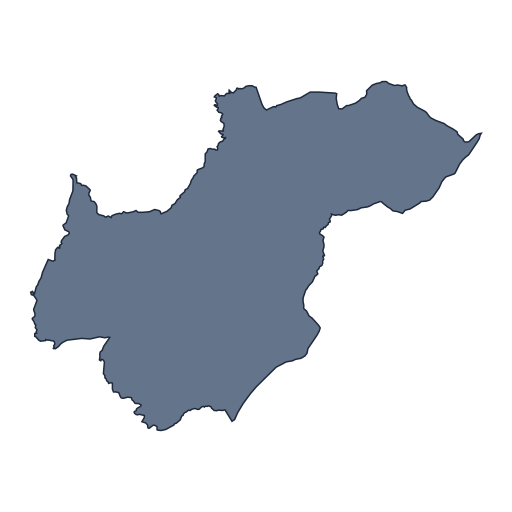 Villa De Leyva, Boyacá, Colombia (orthographic projection)
{"feature_id": "7082276B92158404530910", "entity_name": "Villa De Leyva", "entity_type": "district", "adm_level": 2, "iso_a3": "COL", "parent_name": "Colombia", "parent_adm1": "Boyacá", "projection": "orthographic", "projection_center": [-73.539, 5.662], "detail": "fine", "context": "isolated", "style": "filled", "palette": "slate", "viewbox_px": 512, "rotation_deg": 0, "n_neighbors": 0, "source": "geoboundaries", "source_scale": "gbopen_adm2", "svg_char_len": 5959}
<svg xmlns="http://www.w3.org/2000/svg" viewBox="0 0 512 512"><path d="M481.3,133.3L478.4,133.8L476.2,134.9L468.8,141.8L465.5,142.1L464.5,141.6L463.5,140.6L463.1,139.0L457.8,134.4L457.1,131.8L453.0,129.0L447.2,125.9L444.0,123.5L435.9,120.5L431.2,118.1L429.4,116.6L426.6,112.7L425.0,111.3L417.4,107.3L413.6,104.0L411.2,99.8L410.0,98.8L409.7,97.3L408.9,96.3L407.3,92.3L406.5,89.0L406.7,87.6L405.2,85.0L404.1,85.0L402.3,85.9L397.8,85.0L394.4,85.5L388.4,83.3L386.9,81.9L385.4,81.5L381.9,81.6L380.3,82.8L376.7,83.4L372.3,85.1L366.6,90.7L366.7,94.3L365.0,97.2L361.3,98.4L359.1,100.7L355.4,103.2L348.7,105.5L346.5,105.6L342.2,108.9L338.7,108.7L337.2,104.2L336.2,98.5L336.7,93.7L335.2,93.1L319.4,92.1L310.2,92.1L300.3,97.9L296.8,98.6L286.7,101.9L280.6,104.6L276.7,105.6L275.9,106.9L273.6,106.6L266.4,110.0L263.8,107.7L262.0,104.3L256.1,87.3L254.4,87.0L252.3,85.8L249.1,85.7L245.8,86.4L244.2,87.9L241.7,88.9L240.0,88.5L238.4,88.9L237.8,88.2L237.1,88.1L236.7,88.4L236.4,89.8L233.3,92.9L231.4,92.4L229.2,90.2L229.0,92.2L229.8,93.3L226.5,93.5L224.4,95.9L220.9,95.6L219.3,96.2L218.6,94.4L217.6,93.8L215.1,95.7L214.3,96.9L216.3,97.8L216.3,99.0L215.3,100.8L216.4,102.8L217.4,103.5L217.4,105.0L216.9,105.4L215.2,104.7L214.5,104.9L214.3,105.5L216.8,107.3L217.6,107.1L218.3,107.6L218.1,108.7L217.1,110.1L218.8,112.3L221.5,112.9L222.7,114.2L221.4,116.4L221.8,117.8L220.9,118.2L220.4,120.5L221.1,121.5L223.9,123.4L224.2,126.2L223.0,129.4L223.4,131.0L219.0,130.9L218.6,131.4L220.9,133.9L223.0,134.4L222.7,135.7L221.6,136.4L221.7,137.1L223.4,137.8L225.5,137.6L225.6,138.1L223.6,139.6L222.7,141.2L220.3,141.9L218.6,143.4L217.9,145.8L217.1,146.6L217.7,148.2L217.4,149.9L215.9,150.1L214.8,149.2L211.8,149.1L210.4,148.5L208.1,148.9L207.0,151.9L205.2,153.9L205.2,161.7L204.3,163.4L204.0,166.7L202.5,167.9L198.2,169.5L197.2,170.2L197.2,172.6L193.7,176.1L193.1,177.8L191.3,180.4L190.4,183.5L187.5,188.6L185.2,189.7L184.6,191.8L180.1,195.6L179.9,196.3L180.4,197.3L180.1,197.6L177.4,199.7L174.9,203.6L172.0,205.2L171.2,207.7L167.0,211.3L161.1,213.8L160.7,213.5L160.3,211.5L159.1,210.6L154.7,209.5L149.5,211.7L143.0,212.3L138.1,212.3L136.0,210.5L133.1,211.8L127.7,212.9L126.2,212.8L123.6,211.7L121.6,213.8L119.4,213.3L115.9,214.1L112.6,215.4L111.7,216.0L111.2,217.5L108.2,216.0L105.5,217.2L103.6,215.8L98.8,214.6L96.8,212.6L96.9,206.4L96.0,204.0L94.2,201.6L91.1,201.0L90.3,197.1L88.8,195.1L89.1,192.7L90.2,190.6L90.0,189.7L85.9,185.9L83.2,185.2L81.6,185.4L80.7,183.6L76.8,182.7L76.5,178.0L75.6,176.6L76.4,175.9L72.8,174.2L71.3,174.3L70.8,174.7L70.5,175.9L72.9,179.4L73.1,180.8L72.9,190.9L69.6,199.5L69.0,203.6L67.3,206.6L66.3,210.4L67.2,214.3L68.5,215.5L68.5,216.3L66.1,222.9L63.2,225.0L63.0,225.8L64.9,229.9L68.7,231.7L69.2,232.5L69.2,233.5L67.9,235.0L64.7,236.4L61.6,240.5L61.1,242.3L61.9,243.2L61.4,244.2L59.6,245.3L59.8,247.9L59.1,248.2L58.4,247.3L57.7,247.3L55.6,249.8L55.0,253.0L54.8,259.1L55.1,260.1L52.9,261.2L48.2,259.5L42.5,272.4L41.1,277.8L39.0,281.2L37.6,285.1L36.3,286.7L34.4,293.9L33.7,293.8L32.6,291.4L30.7,292.2L31.3,294.6L33.7,295.4L36.6,299.6L36.9,300.7L33.7,309.1L33.7,310.2L35.0,313.7L34.9,315.8L34.6,316.5L32.5,318.1L32.2,318.9L34.0,321.7L34.8,324.1L35.8,325.0L35.3,327.7L37.0,329.7L36.1,332.1L36.6,333.2L34.8,333.5L34.7,336.3L36.0,337.0L38.8,340.2L40.5,341.2L45.6,340.6L45.9,340.4L45.8,339.6L48.1,340.2L49.6,340.1L51.3,340.8L53.5,340.8L54.5,342.2L54.8,344.2L53.7,345.7L54.1,347.2L53.3,348.3L54.0,348.8L54.9,348.4L55.3,348.7L56.5,348.0L58.6,346.4L60.5,344.1L63.2,342.1L67.0,340.2L81.6,338.4L90.0,339.0L99.5,336.8L105.0,337.8L108.2,337.1L109.8,337.4L103.8,346.1L102.1,350.4L100.2,352.0L99.8,354.0L99.9,357.0L99.4,359.9L100.8,360.8L101.4,359.4L102.5,359.6L103.4,360.2L104.4,362.0L103.4,373.7L104.9,375.6L104.9,377.8L106.2,379.0L106.7,380.8L108.1,381.8L108.6,383.4L110.9,382.7L112.4,383.2L112.4,389.1L113.5,392.0L115.7,391.9L118.7,392.6L120.4,396.8L121.3,397.9L123.3,398.3L127.6,397.2L131.4,397.6L132.0,399.9L133.4,400.9L134.8,403.1L135.7,403.5L138.3,403.5L140.9,404.8L141.1,405.4L140.4,406.5L137.6,408.0L136.4,409.2L136.2,410.7L134.4,411.5L134.1,412.3L134.7,413.4L136.2,414.6L137.8,414.8L139.3,414.3L144.3,415.5L144.4,417.4L141.9,421.7L145.8,423.0L147.6,425.1L147.8,427.3L148.3,428.2L149.5,428.1L152.7,425.5L154.2,425.1L156.6,426.3L157.1,427.5L157.0,429.7L158.0,430.2L161.1,430.5L165.7,429.5L173.8,425.1L174.7,423.6L176.2,423.3L180.3,419.8L181.6,416.2L183.1,415.3L183.4,414.1L184.6,412.7L186.4,411.9L188.5,410.2L190.2,410.5L191.9,409.2L194.0,408.7L195.7,408.6L197.3,409.4L199.1,409.3L201.9,406.7L203.6,406.5L204.3,407.1L205.4,406.2L207.3,406.4L208.4,405.8L211.1,406.9L211.5,408.1L214.2,410.5L216.9,410.7L218.5,410.1L222.4,410.5L225.0,409.9L232.0,421.3L234.6,419.6L237.8,412.4L243.2,403.5L250.3,393.8L256.2,386.9L276.1,367.2L286.2,361.9L292.5,360.8L295.6,359.3L301.0,358.3L305.0,355.9L307.1,353.0L307.9,348.6L317.0,335.2L319.2,331.2L320.2,327.9L318.6,325.3L312.1,318.1L309.1,316.0L306.6,311.1L303.7,308.5L303.8,305.4L303.0,301.0L303.2,297.5L306.0,289.5L306.7,289.1L308.8,285.6L312.4,281.9L315.1,275.9L316.1,275.6L317.8,273.9L316.9,271.7L317.3,270.1L318.9,268.9L319.5,266.8L321.8,265.5L322.7,263.3L322.6,261.1L323.7,259.2L322.8,256.4L322.9,256.0L324.1,256.0L324.5,255.5L322.8,251.1L324.0,246.7L323.9,244.1L323.0,240.4L324.0,237.1L322.9,235.9L319.8,233.9L319.5,232.4L320.5,231.1L321.0,229.4L323.0,229.0L323.7,227.3L325.2,227.5L326.1,226.1L328.1,224.4L328.5,222.7L330.1,222.0L330.2,220.8L329.4,219.2L331.4,216.0L331.9,214.8L331.6,214.2L335.4,215.3L338.5,214.7L341.7,215.2L346.1,212.4L348.1,210.4L350.7,210.6L357.5,209.6L361.2,207.8L367.6,206.9L370.7,205.6L373.2,204.0L380.3,201.5L381.7,201.9L382.8,203.1L387.7,207.0L390.5,208.6L392.8,210.8L397.5,211.6L402.5,213.4L405.2,210.2L410.0,209.0L419.6,203.1L421.2,201.5L425.9,201.2L429.6,200.1L432.8,197.0L439.1,187.9L441.8,181.8L444.3,178.6L445.9,176.9L454.2,173.9L455.1,173.1L459.6,164.1L462.6,160.1L465.6,157.1L468.6,154.9L476.8,142.7L479.2,138.7L480.2,135.0L481.3,133.3Z" fill="#64748b" stroke="#1e293b" stroke-width="1.5"/></svg>